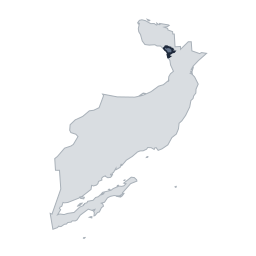 Carmen, Campeche, Mexico (highlighted), rotated 266°
{"feature_id": "50627088B86783514296689", "entity_name": "Carmen", "entity_type": "district", "adm_level": 2, "iso_a3": "MEX", "parent_name": "Mexico", "parent_adm1": "Campeche", "projection": "equal_earth", "projection_center": [-91.727, 18.453], "detail": "fine", "context": "in_parent", "style": "filled", "palette": "slate", "viewbox_px": 256, "rotation_deg": 266, "n_neighbors": 0, "source": "geoboundaries", "source_scale": "gbopen_adm2", "svg_char_len": 6054}
<svg xmlns="http://www.w3.org/2000/svg" viewBox="0 0 256 256"><g transform="rotate(266 128 128)"><path d="M32.2,46.0L48.3,44.4L47.4,46.2L71.8,56.7L90.6,56.7L90.9,52.7L102.6,52.8L104.5,55.6L112.3,63.3L114.0,69.8L115.4,72.3L122.9,77.5L125.4,75.6L127.4,70.7L129.8,69.7L135.3,70.5L139.8,75.9L142.7,83.6L147.8,90.6L148.1,95.1L150.3,100.6L162.0,105.9L163.6,105.0L159.8,119.4L158.3,136.8L158.8,140.5L161.8,145.6L161.1,148.3L161.4,145.5L158.9,141.3L159.6,145.2L162.6,153.5L167.6,161.4L168.7,166.3L172.3,171.3L171.3,171.2L173.3,172.4L172.7,171.7L176.4,172.3L179.1,174.1L181.4,177.3L187.8,174.9L192.5,174.5L195.6,172.6L198.8,172.2L199.5,172.9L199.3,173.9L201.9,174.6L203.7,173.0L203.2,170.4L202.4,171.1L202.6,170.5L207.5,166.2L207.8,162.7L209.2,160.6L209.2,155.0L210.1,150.7L213.8,148.3L220.3,147.0L223.2,145.5L226.3,145.2L231.6,146.7L232.0,145.7L230.6,145.7L232.4,145.0L234.6,146.9L235.0,149.4L233.9,152.8L230.5,158.0L230.4,161.4L228.7,163.5L229.0,164.3L230.6,164.0L228.9,166.2L229.0,167.1L230.1,166.8L228.0,175.6L227.5,176.3L226.4,174.4L226.1,171.1L224.6,174.5L223.0,174.7L221.0,179.2L218.7,179.2L218.5,180.7L205.7,180.6L205.7,186.0L202.8,185.9L209.8,194.1L209.6,197.1L200.5,197.1L197.2,204.7L198.1,206.6L197.0,211.6L190.4,203.0L185.2,197.3L181.9,195.1L181.6,195.6L184.6,197.6L179.9,195.9L180.2,194.5L179.0,195.1L178.3,193.8L177.4,195.2L178.9,195.8L176.6,196.1L174.3,198.0L166.9,201.1L162.1,198.6L158.1,198.1L155.5,195.8L152.8,194.9L151.1,192.7L144.6,191.0L136.6,186.4L131.4,182.2L129.2,179.3L123.7,178.3L118.6,175.8L115.4,171.1L108.4,166.6L104.8,160.4L103.6,156.5L106.5,154.7L106.1,153.1L104.8,152.6L106.8,149.7L107.1,146.2L105.6,145.1L104.2,141.6L104.3,138.5L103.4,135.7L99.4,130.4L96.0,124.1L90.5,118.7L92.1,119.7L92.3,118.5L89.3,117.4L87.2,113.1L88.8,113.2L84.5,110.3L84.0,108.9L82.3,109.4L82.1,108.8L83.4,107.1L81.2,108.4L80.0,107.2L79.8,104.4L81.5,101.9L82.0,102.4L81.1,99.8L79.8,98.2L77.9,98.3L76.8,94.9L74.6,94.1L73.3,92.6L72.6,89.6L73.3,87.7L69.3,86.8L62.9,77.3L62.6,75.1L61.6,74.4L57.9,62.7L57.8,59.2L58.3,58.0L54.6,56.5L53.8,54.7L52.6,54.0L51.2,55.1L46.3,51.6L47.0,53.9L46.1,58.2L47.0,61.7L47.5,68.3L52.4,74.2L53.8,78.2L54.6,78.0L54.9,79.2L55.7,79.3L56.3,81.9L57.7,82.7L58.3,88.1L60.9,90.8L61.6,93.9L62.8,94.9L63.6,98.5L64.6,99.4L64.1,96.7L65.6,98.2L67.0,106.6L68.6,109.0L70.7,115.0L70.2,117.6L70.6,119.9L72.5,122.1L73.3,119.9L78.7,127.8L78.1,130.8L75.7,133.0L74.4,133.2L72.3,126.7L63.7,117.9L62.8,118.0L61.1,115.3L60.9,113.4L61.6,109.4L61.0,105.5L59.8,102.7L55.6,99.4L54.9,96.1L54.0,97.5L51.8,98.1L50.3,95.9L46.3,93.6L45.8,91.7L42.9,88.9L42.7,87.9L45.8,88.5L47.7,87.7L47.7,88.5L49.2,89.4L48.7,87.2L48.0,87.1L49.8,82.7L44.4,74.3L39.8,70.7L39.0,68.9L39.2,65.8L38.1,64.8L37.9,61.3L36.5,59.9L36.4,57.8L34.5,54.6L34.3,53.1L35.0,52.1L33.6,50.8L32.2,46.0ZM62.6,77.4L61.9,79.6L60.4,78.9L61.2,75.7L62.2,75.3L62.6,77.4ZM56.2,77.0L54.1,74.7L53.6,72.4L54.7,73.1L54.9,74.5L56.1,74.8L56.2,77.0ZM233.9,157.3L233.3,156.6L233.6,155.6L235.1,154.7L233.9,157.3ZM61.1,118.0L59.6,115.8L60.8,111.2L60.3,115.3L61.1,118.0ZM42.0,85.9L40.8,85.6L41.7,83.2L42.2,85.0L42.0,85.9ZM21.9,78.0L20.9,76.5L21.2,75.8L21.6,75.9L21.9,78.0ZM62.5,118.1L63.4,119.8L61.4,118.1L62.5,118.1ZM98.2,145.1L98.0,145.9L97.4,145.6L97.3,144.3L98.2,145.1ZM71.4,113.4L71.7,114.8L70.7,113.1L71.4,113.4ZM67.9,104.3L68.4,104.9L67.5,106.2L67.9,104.3ZM66.5,171.9L66.0,172.1L65.4,171.6L66.0,170.8L66.5,171.9ZM201.1,172.2L199.9,172.6L201.9,171.8L201.1,172.2ZM76.5,121.3L75.9,121.2L75.9,119.8L76.5,121.3Z" fill="#d9dde1" stroke="#a8b0b8" stroke-width="1"/><path d="M206.9,171.1L206.6,171.1L206.2,170.7L206.3,170.7L206.2,170.5L206.3,170.4L206.0,170.1L205.9,170.3L205.5,169.8L205.6,169.7L205.4,169.4L205.3,169.6L205.0,169.3L205.0,169.2L204.9,169.2L204.8,169.4L204.7,169.4L204.7,169.5L204.4,169.5L204.0,169.8L203.4,170.1L202.9,170.5L202.5,171.0L202.2,171.5L201.9,171.6L201.2,172.0L200.8,172.3L200.7,172.3L200.5,172.5L200.1,172.6L199.8,172.7L199.7,172.8L199.7,173.2L199.3,172.9L199.2,172.8L199.1,172.5L199.0,172.4L198.8,172.3L198.5,172.4L197.8,172.4L197.5,172.5L197.2,172.5L196.3,172.6L195.9,172.7L195.4,172.8L195.4,173.1L195.5,173.2L195.5,173.3L195.7,173.7L195.7,173.9L195.7,174.1L195.8,174.3L196.0,174.4L196.0,174.5L196.2,174.8L196.2,174.7L196.3,174.6L196.5,174.6L197.2,174.6L197.4,174.6L197.2,174.2L197.2,173.8L197.4,173.8L197.5,173.8L197.6,173.7L197.8,173.5L198.1,173.4L198.2,173.5L198.1,173.8L198.4,173.9L198.5,174.0L198.5,173.9L198.6,174.0L198.8,174.1L199.0,174.0L199.0,173.9L199.3,173.8L199.6,174.0L199.6,173.9L199.7,174.0L199.8,174.2L200.0,174.2L200.1,174.3L200.2,174.5L200.1,174.4L200.0,174.7L199.9,174.7L199.9,174.8L199.8,175.0L199.7,175.1L199.8,175.1L199.6,175.2L199.7,175.3L199.7,175.5L199.5,175.8L199.4,175.8L199.2,175.9L199.2,176.0L199.3,176.2L199.7,175.8L199.8,175.9L199.8,176.0L199.8,176.4L199.9,176.5L200.0,176.7L199.9,176.7L199.9,176.8L200.0,176.8L200.0,177.0L200.2,177.3L200.2,177.9L200.3,177.9L200.3,177.5L200.3,177.3L200.4,177.2L200.5,177.4L200.5,177.5L200.4,177.5L200.5,178.0L200.5,178.3L200.3,178.4L200.4,178.6L200.6,178.7L200.8,178.7L201.1,178.7L200.4,178.8L200.4,179.0L200.6,179.3L200.5,179.5L201.2,180.1L201.2,179.9L201.4,179.7L201.3,179.4L201.3,179.1L201.3,178.9L201.3,178.7L201.4,178.4L201.4,178.2L201.4,177.9L201.5,177.9L201.5,177.7L201.6,177.4L201.8,177.4L201.9,177.5L202.0,177.4L202.1,177.5L202.1,177.8L202.3,177.8L202.5,178.0L202.8,178.2L202.9,178.3L203.0,178.3L203.1,178.2L203.2,178.3L203.4,178.3L203.5,178.1L203.6,177.9L203.6,178.0L203.7,177.9L204.0,178.0L204.0,177.9L203.9,177.4L203.9,177.2L203.8,176.9L204.3,176.8L204.3,176.7L204.4,176.3L204.5,176.2L204.6,176.3L204.6,176.2L204.8,176.0L204.8,175.9L204.9,175.7L205.1,175.7L205.1,175.4L205.2,175.7L205.5,175.8L205.5,175.5L205.7,175.2L205.4,175.0L205.6,174.4L205.6,173.9L205.6,173.7L205.8,173.6L205.7,173.7L205.7,173.8L205.8,173.7L205.7,173.4L205.8,173.4L205.9,172.9L205.8,172.7L206.1,172.8L206.1,172.7L206.2,172.8L206.2,173.0L206.3,173.1L206.3,172.8L206.4,172.6L206.5,172.6L206.7,172.4L206.9,172.5L206.9,172.2L207.0,172.2L207.1,171.9L206.7,171.8L206.8,171.4L206.9,171.1Z" fill="#64748b" stroke="#1e293b" stroke-width="1.5"/></g></svg>